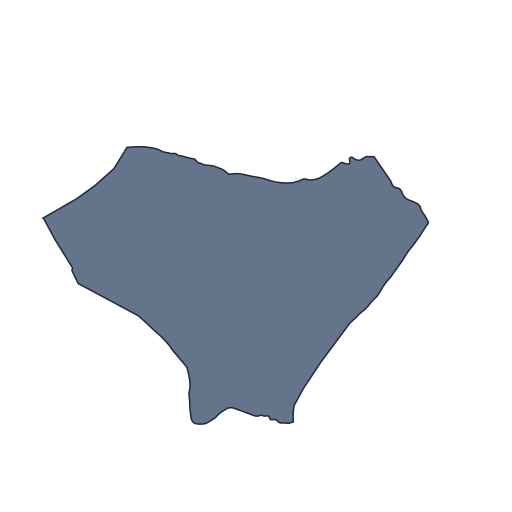 outline of Maswarah, Al Bayda', Yemen, rotated 58°
{"feature_id": "15242507B74981338012196", "entity_name": "Maswarah", "entity_type": "district", "adm_level": 2, "iso_a3": "YEM", "parent_name": "Yemen", "parent_adm1": "Al Bayda'", "projection": "albers", "projection_center": [45.681, 14.409], "detail": "fine", "context": "isolated", "style": "filled", "palette": "slate", "viewbox_px": 512, "rotation_deg": 58, "n_neighbors": 0, "source": "geoboundaries", "source_scale": "gbopen_adm2", "svg_char_len": 4730}
<svg xmlns="http://www.w3.org/2000/svg" viewBox="0 0 512 512"><g transform="rotate(58 256 256)"><path d="M111.0,416.4L111.2,416.2L131.5,417.5L135.0,417.8L157.0,417.8L169.0,417.9L170.7,419.8L185.1,421.4L244.6,387.3L246.2,386.9L248.2,386.3L249.7,385.9L251.8,385.3L253.1,385.0L253.9,384.7L255.8,384.2L257.3,383.8L258.9,383.4L260.8,382.9L262.7,382.4L264.2,382.0L266.3,381.4L267.8,381.0L269.3,380.5L271.1,380.0L273.1,379.4L274.7,379.0L277.0,378.5L278.5,378.2L280.4,377.8L282.0,377.6L283.6,377.3L285.3,377.0L287.0,376.8L288.6,376.7L290.5,376.7L291.7,376.7L312.7,373.7L314.3,373.7L315.7,374.3L317.5,374.7L319.5,375.4L321.4,376.1L322.9,376.8L324.3,377.3L325.9,378.0L327.6,378.8L329.4,379.7L331.1,380.7L332.8,381.9L334.2,383.1L335.3,384.2L336.7,385.4L338.2,386.3L339.9,387.2L341.6,388.0L343.1,388.8L344.4,389.5L345.9,390.3L347.5,391.3L349.3,392.3L350.7,393.0L352.1,393.7L353.6,394.4L355.0,395.1L356.7,395.9L358.1,396.5L359.5,397.1L361.0,397.4L362.6,397.5L363.3,397.5L364.2,397.3L365.5,396.5L365.7,396.4L366.7,395.4L366.8,395.3L367.8,394.2L369.0,392.5L369.8,390.9L370.7,389.3L371.2,387.9L371.5,386.3L371.6,385.4L371.6,384.5L371.7,383.0L371.7,381.3L371.6,379.5L371.7,378.2L371.7,377.8L371.6,376.3L371.2,374.7L370.8,373.2L370.4,371.6L370.2,370.0L370.0,368.4L370.0,366.6L370.0,364.8L370.0,363.2L370.0,361.7L370.3,359.8L371.2,358.0L372.0,356.7L373.3,355.5L374.5,354.5L374.6,354.4L375.9,353.4L377.2,352.5L378.6,351.2L379.8,350.3L381.3,349.1L382.6,348.2L384.1,347.0L385.5,345.9L385.9,345.6L387.0,344.8L388.4,343.8L390.0,342.5L390.5,342.0L391.2,341.5L391.9,340.7L392.2,340.3L392.9,339.0L393.3,337.4L393.7,335.7L395.0,334.9L396.1,333.9L397.0,332.1L397.9,330.6L399.3,330.1L400.9,330.4L402.4,330.4L403.5,328.9L404.2,327.5L405.1,326.1L406.7,325.4L408.4,325.0L409.8,324.4L411.0,323.2L411.8,321.8L412.7,320.3L413.6,319.1L414.7,317.9L415.4,316.5L415.8,314.8L416.3,313.2L416.5,312.3L411.8,309.6L409.3,307.9L406.8,306.1L404.3,303.9L403.1,303.0L393.3,285.6L385.3,268.0L380.5,257.4L379.4,254.7L362.5,211.5L362.5,210.7L361.8,207.2L361.1,203.5L360.2,200.3L359.6,196.8L359.2,193.5L358.6,190.4L357.7,186.8L356.5,183.7L355.5,180.3L354.8,176.7L353.9,173.6L352.6,170.9L351.1,168.0L350.9,167.6L349.6,165.3L348.4,162.4L347.0,159.0L346.0,155.5L344.6,151.5L343.3,148.5L342.1,145.5L340.8,142.2L339.5,139.2L338.0,135.6L336.5,132.2L334.8,129.0L333.2,125.6L332.0,122.4L331.0,119.5L330.1,117.1L329.4,115.1L328.0,111.7L326.6,108.4L325.2,105.2L323.8,102.2L322.5,99.5L321.1,96.6L319.9,93.3L318.7,91.9L310.9,91.4L307.8,91.7L304.2,91.5L301.0,90.6L297.9,91.0L295.3,92.5L292.5,94.4L290.2,96.2L287.6,97.9L284.4,98.9L281.4,98.8L278.3,98.3L275.0,98.5L272.7,100.6L270.0,102.7L266.7,102.6L263.7,102.0L234.3,103.3L230.1,109.9L230.1,110.1L230.0,111.5L229.9,113.2L229.9,114.8L230.0,116.4L229.4,118.0L228.4,119.2L227.2,120.2L226.3,120.8L225.9,121.0L224.5,121.7L223.0,122.2L222.4,123.6L222.8,125.1L224.2,125.9L225.7,126.3L227.1,127.2L226.9,128.9L226.1,130.3L224.9,131.3L223.5,132.3L222.4,133.3L221.9,134.8L222.3,136.5L222.4,138.1L222.6,139.6L222.8,141.5L223.0,143.1L223.2,145.1L223.3,146.9L223.5,148.5L223.6,150.2L223.7,151.7L223.7,153.6L223.7,155.7L223.7,156.0L223.7,157.4L223.6,159.0L223.5,160.7L223.2,162.2L222.7,164.1L222.2,165.8L221.6,167.2L220.8,168.6L220.1,170.1L219.1,171.4L217.8,172.3L216.7,173.6L215.8,175.2L215.5,176.8L215.4,178.4L215.1,180.0L214.6,181.5L214.1,183.2L213.7,185.0L213.0,186.5L212.3,187.9L211.4,189.5L210.5,191.0L209.6,192.4L208.7,193.7L207.6,195.2L207.0,196.1L206.6,196.5L205.6,197.8L204.5,199.3L203.3,200.5L201.9,201.8L200.9,202.9L199.6,204.0L198.0,205.3L196.4,206.7L194.9,208.0L193.7,209.1L192.6,210.2L191.4,211.4L190.1,212.9L188.8,214.4L187.6,215.7L187.3,216.0L186.2,217.3L185.0,218.4L183.8,219.8L182.7,220.9L181.6,221.9L180.3,223.2L179.2,224.4L177.9,225.9L176.9,227.2L176.0,228.6L175.2,230.0L174.4,231.5L173.6,232.9L172.9,234.2L172.2,235.6L172.2,236.0L171.5,236.1L169.9,236.5L168.5,237.0L167.0,237.5L165.6,238.1L164.3,238.9L163.0,239.8L161.8,240.8L160.5,241.7L159.3,242.7L157.9,243.8L156.6,245.0L155.4,246.4L154.4,247.6L153.1,249.2L152.2,250.4L151.3,251.6L150.0,252.6L148.6,253.5L147.2,254.6L146.1,255.7L144.4,256.2L142.8,256.2L141.2,256.8L140.2,257.8L138.8,259.3L137.7,260.5L136.5,261.7L135.3,262.8L134.0,263.9L132.9,265.0L131.7,266.1L130.6,267.3L129.6,268.5L128.2,269.3L126.8,269.7L125.6,271.1L124.8,272.7L123.8,274.1L122.6,275.1L121.4,276.5L120.3,277.6L119.1,279.0L117.8,280.0L116.5,280.8L114.8,281.9L113.5,282.8L112.2,283.8L110.8,285.2L109.4,286.7L108.2,288.0L107.2,289.3L105.9,290.7L104.9,292.0L103.7,293.5L102.8,295.0L101.9,296.4L101.0,297.7L100.1,299.4L99.3,300.8L98.5,302.3L97.5,304.0L96.8,305.4L96.1,306.7L95.5,307.7L95.9,308.6L106.6,330.1L109.9,349.2L110.9,355.4L112.4,377.7L111.0,416.4Z" fill="#64748b" stroke="#1e293b" stroke-width="1.5"/></g></svg>